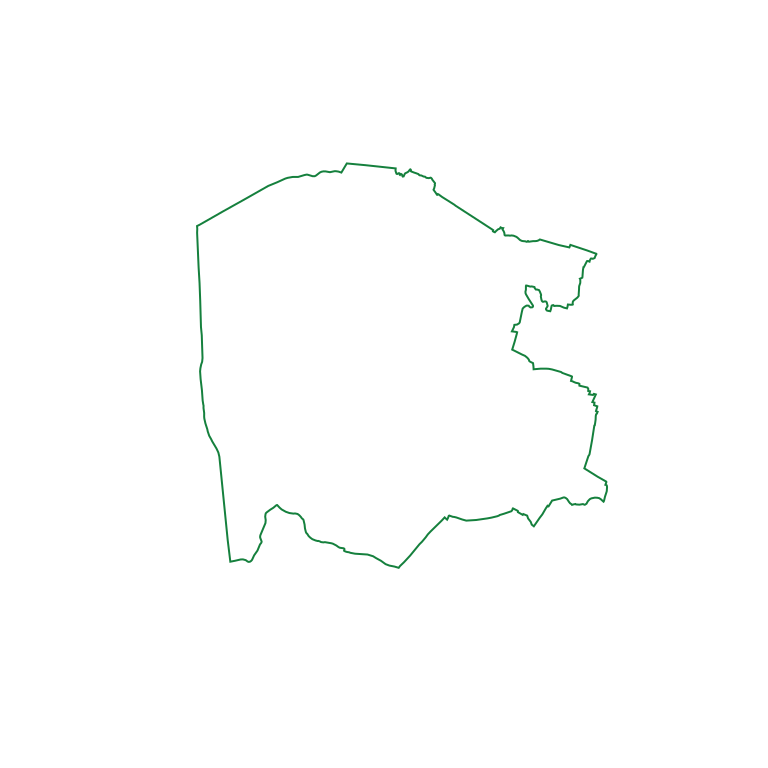 Cau Ngang, Trà Vinh, Vietnam, rotated 219°
{"feature_id": "81297802B90196015208533", "entity_name": "Cau Ngang", "entity_type": "district", "adm_level": 2, "iso_a3": "VNM", "parent_name": "Vietnam", "parent_adm1": "Trà Vinh", "projection": "mercator", "projection_center": [106.416, 9.786], "detail": "fine", "context": "isolated", "style": "outline", "palette": "green", "viewbox_px": 768, "rotation_deg": 219, "n_neighbors": 0, "source": "geoboundaries", "source_scale": "gbopen_adm2", "svg_char_len": 6154}
<svg xmlns="http://www.w3.org/2000/svg" viewBox="0 0 768 768"><g transform="rotate(219 384 384)"><path d="M628.7,389.1L626.8,387.1L624.4,383.9L601.5,358.0L590.9,346.4L579.1,332.9L562.1,313.1L556.3,307.2L541.4,290.0L539.3,286.8L538.4,284.2L536.6,280.7L534.9,278.1L529.6,272.4L521.5,264.5L514.5,257.0L511.5,254.3L510.6,253.6L509.2,251.8L505.5,248.3L503.1,245.3L501.8,244.0L498.0,241.0L492.8,237.6L491.1,236.2L487.3,233.8L483.5,232.3L481.4,231.3L473.5,228.4L469.6,226.5L466.2,223.9L407.1,164.2L391.6,149.2L388.5,152.9L385.0,157.4L383.3,158.9L380.6,160.1L378.3,160.2L377.2,160.6L376.3,161.6L375.9,163.0L375.9,164.4L377.1,169.1L377.5,174.9L379.4,181.3L379.4,183.1L379.6,183.9L380.0,184.6L383.1,186.4L384.0,187.1L384.9,188.6L388.6,201.3L390.3,203.8L392.8,206.1L394.0,208.0L394.5,209.1L394.4,210.3L393.3,214.7L392.1,218.2L391.5,221.3L391.3,222.2L390.8,222.7L387.3,222.2L384.6,222.1L379.9,222.9L376.3,224.2L372.8,226.3L371.7,227.4L369.4,228.6L367.3,228.7L365.0,228.4L363.3,227.9L361.5,227.9L360.9,227.6L357.3,224.8L354.6,222.1L351.7,219.9L351.0,219.5L350.0,219.2L349.5,219.3L346.9,218.4L344.6,218.2L342.1,218.3L338.8,219.3L336.8,220.2L336.3,220.7L334.8,221.3L333.6,221.5L333.0,221.8L331.4,222.8L330.4,223.9L324.7,227.1L323.3,227.7L319.4,228.5L317.2,228.6L315.8,228.8L315.2,229.0L312.0,230.9L311.3,231.0L310.8,230.8L310.1,229.3L308.7,229.5L307.0,230.2L305.3,231.2L303.8,231.7L299.7,233.9L289.5,241.1L284.0,243.3L280.6,243.7L275.1,244.7L269.4,245.0L265.5,246.3L261.0,248.7L256.9,250.4L257.0,252.6L256.3,258.1L255.7,267.1L255.6,281.8L255.2,285.3L255.1,291.1L255.3,294.7L255.0,298.7L253.2,314.1L252.9,318.5L252.1,318.4L249.6,318.3L249.9,320.0L250.7,322.3L250.5,322.8L246.9,324.1L245.9,324.8L243.8,325.8L238.0,327.9L234.1,329.6L226.8,336.3L219.1,344.6L216.3,347.9L212.7,352.6L211.8,354.2L211.7,354.9L209.1,358.7L205.0,365.2L204.9,366.5L205.5,368.0L205.5,368.5L200.3,369.6L199.9,369.5L199.3,368.7L193.8,369.6L193.9,370.6L189.9,371.8L187.4,370.2L183.2,369.2L180.7,367.7L178.0,367.7L178.8,378.1L178.9,382.3L180.0,389.3L180.3,392.3L179.6,392.4L179.4,392.1L179.1,392.4L180.0,399.2L174.9,405.8L173.1,408.8L172.2,409.5L170.8,409.8L169.2,409.8L166.1,408.8L164.3,408.4L162.3,408.6L161.8,408.4L160.8,409.9L159.7,411.2L159.4,411.1L158.9,411.3L156.2,413.2L153.8,415.9L152.3,416.3L151.9,416.6L151.3,418.4L151.8,421.1L151.6,424.0L150.9,425.6L148.6,428.4L146.7,429.8L144.9,430.7L143.0,430.9L139.7,430.7L139.3,430.7L139.3,430.9L139.7,432.1L141.3,435.4L143.3,440.6L143.9,441.6L145.9,444.4L147.1,445.4L147.9,445.3L148.5,445.0L149.5,447.8L149.9,448.0L159.6,446.4L175.2,444.5L179.6,456.1L179.8,456.7L179.8,457.6L180.1,458.8L186.9,471.2L193.6,482.7L194.4,484.1L194.2,484.5L195.2,486.3L197.2,489.6L199.3,492.4L200.1,494.0L199.9,494.6L200.0,495.3L200.5,496.8L201.8,496.3L202.2,496.3L203.7,500.0L204.2,500.9L207.4,499.7L208.7,502.0L210.7,501.1L212.8,509.2L214.7,508.4L214.7,507.0L218.2,504.9L218.5,506.3L219.3,508.0L220.9,507.1L222.2,508.8L223.6,509.3L231.1,505.7L232.3,507.1L232.8,507.0L233.7,506.7L235.6,505.7L237.1,505.2L239.2,504.7L240.6,504.1L242.4,507.9L242.6,508.1L242.9,508.1L252.4,504.8L253.6,504.8L254.3,504.6L262.5,501.1L265.5,499.5L268.0,497.7L271.9,494.5L277.0,489.6L278.7,491.5L281.3,494.0L284.4,493.3L285.6,493.3L286.8,494.1L288.6,494.5L289.8,494.6L292.2,494.6L295.1,493.8L306.0,491.4L309.1,499.1L312.3,506.4L313.1,508.0L314.0,507.7L317.7,505.4L318.8,510.0L319.9,512.0L318.0,513.9L317.2,516.2L317.3,517.3L322.4,527.1L323.7,529.9L323.6,531.1L323.4,532.3L322.7,534.3L322.3,534.9L320.8,535.9L319.7,535.6L318.4,535.7L317.1,536.8L316.9,537.6L317.1,538.2L317.6,538.7L325.0,541.1L330.0,543.0L331.1,543.6L332.2,544.8L333.0,546.5L335.4,549.5L335.5,550.0L334.2,550.7L331.7,551.7L330.6,552.8L328.2,554.0L327.9,554.0L327.1,553.3L325.3,553.0L324.6,553.7L322.7,554.5L321.2,554.0L318.2,552.3L317.6,551.6L317.4,550.9L315.2,549.0L313.8,548.0L313.0,547.8L312.4,547.8L312.1,548.0L311.1,549.3L310.6,549.7L310.0,550.0L309.0,549.9L306.0,547.7L305.8,547.1L305.5,544.5L305.1,544.0L303.8,543.6L302.5,544.1L300.6,545.2L301.3,547.1L302.7,549.7L303.0,550.5L302.2,551.8L301.7,551.9L300.9,551.7L299.1,553.4L296.4,555.4L292.1,556.6L289.4,557.9L289.8,559.1L291.1,561.5L288.6,563.2L287.5,564.2L287.3,564.6L288.3,565.6L289.1,567.0L289.1,568.4L288.1,572.8L288.1,574.8L288.4,575.4L289.0,576.0L292.0,580.3L293.6,582.4L294.0,583.1L295.0,585.9L295.7,586.9L297.3,588.8L298.0,589.1L296.8,591.4L297.1,592.0L301.2,597.9L302.4,600.1L302.2,600.2L302.3,601.0L303.6,607.2L303.4,607.5L302.7,608.0L301.3,608.4L301.8,609.5L302.2,611.6L301.5,612.3L300.5,612.7L299.6,614.4L300.2,616.2L300.7,618.7L300.9,618.8L310.2,615.6L326.7,609.4L325.9,606.8L335.6,602.0L353.6,594.5L353.9,594.3L354.2,593.0L355.2,591.4L356.5,590.1L358.0,588.9L360.9,585.8L361.3,585.6L361.9,585.8L362.1,585.7L362.4,584.5L362.8,584.2L364.0,583.8L366.1,582.4L367.1,581.9L368.9,581.5L371.6,581.7L373.6,581.7L376.6,580.8L378.4,579.7L379.4,578.6L380.6,577.9L383.2,575.7L383.7,575.6L384.1,575.7L385.4,577.0L386.1,577.5L387.8,578.3L389.2,578.7L389.5,580.1L390.6,579.4L392.0,579.1L391.8,577.5L392.7,576.0L393.2,573.3L393.3,571.7L393.7,571.5L395.5,571.2L395.7,571.4L395.8,572.1L395.9,572.3L397.1,572.2L440.6,567.6L442.2,567.6L456.6,565.9L461.0,565.7L461.7,565.5L461.6,564.6L461.9,564.4L464.0,565.1L467.7,566.1L467.9,566.4L468.0,567.3L469.5,570.5L470.1,570.9L470.5,571.9L470.8,572.2L475.1,573.2L476.1,573.7L477.2,573.8L477.6,573.7L478.7,572.2L480.3,571.2L480.8,570.9L482.6,570.9L483.9,570.1L486.1,569.6L487.7,568.6L488.6,568.6L489.3,568.8L491.7,568.0L493.8,567.2L496.6,566.3L496.9,566.3L497.5,567.0L498.1,567.4L498.6,567.4L498.8,567.0L498.7,564.7L499.0,563.4L500.1,561.1L500.0,559.9L499.4,557.7L500.0,557.0L500.4,557.1L501.6,557.9L502.3,558.1L503.1,557.9L503.1,556.5L503.4,556.5L504.7,557.2L505.0,557.3L505.3,557.0L505.9,555.5L506.3,555.3L506.7,555.3L509.2,556.9L510.6,558.9L536.1,542.4L551.7,532.0L550.2,521.5L553.1,520.4L555.3,519.1L556.4,518.2L559.3,514.6L563.1,512.5L564.7,511.3L566.1,509.7L566.9,508.1L568.0,503.3L568.6,501.9L570.2,500.6L574.8,498.7L575.6,498.3L576.2,497.7L577.4,496.2L581.1,490.8L585.3,487.4L588.6,483.6L590.0,481.5L594.0,473.5L598.6,465.1L607.7,441.9L617.9,416.4L627.6,391.5L628.7,389.1Z" fill="none" stroke="#15803d" stroke-width="2"/></g></svg>